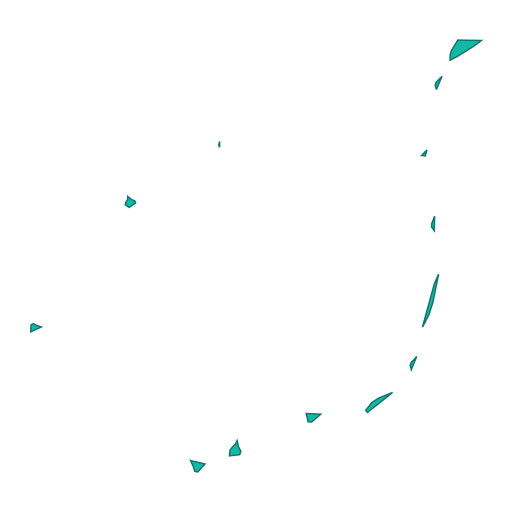 map outline of Laamu (Mercator projection)
{"feature_id": "MDV-5239", "entity_name": "Laamu", "entity_type": "Atoll", "adm_level": 1, "iso_a3": "MDV", "parent_name": "Maldives", "parent_adm1": "", "projection": "mercator", "projection_center": [73.461, 1.946], "detail": "fine", "context": "isolated", "style": "filled", "palette": "teal", "viewbox_px": 512, "rotation_deg": 0, "n_neighbors": 0, "source": "natural_earth", "source_scale": "10m", "svg_char_len": 1368}
<svg xmlns="http://www.w3.org/2000/svg" viewBox="0 0 512 512"><path d="M457.8,40.1L481.2,40.5L481.3,40.5L478.7,42.5L474.6,45.6L457.9,56.1L450.1,60.2L450.1,54.8L451.7,50.1L457.8,40.1ZM438.6,274.2L433.0,302.0L428.8,314.9L422.9,326.4L422.5,327.0L434.3,284.0L438.6,274.2ZM392.5,392.5L382.9,400.2L367.6,412.2L367.6,412.3L367.0,411.8L366.7,411.4L366.1,410.9L365.7,410.3L368.7,406.6L371.6,402.8L378.3,398.3L392.2,392.6L392.5,392.5ZM237.1,440.5L237.2,440.8L238.4,446.6L240.9,451.5L239.6,454.7L237.5,454.9L229.4,455.8L229.9,450.7L230.5,449.7L232.4,447.0L235.4,444.2L237.1,440.5ZM190.7,460.6L190.9,460.7L204.9,464.0L197.9,471.9L195.0,471.4L194.9,471.4L193.2,466.4L190.7,460.6ZM306.2,413.5L320.7,414.2L311.6,422.0L308.1,421.8L307.2,417.6L306.2,413.5ZM127.7,196.4L131.1,199.3L134.8,200.9L135.6,202.9L129.2,207.4L125.3,204.8L125.8,202.5L127.6,199.8L127.7,196.4ZM41.3,327.0L30.7,331.8L31.1,324.8L33.3,323.8L35.7,324.9L36.8,325.5L41.3,327.0ZM442.0,76.3L436.4,89.4L436.4,89.6L435.2,85.0L436.2,82.1L438.8,79.7L442.0,76.3ZM434.6,216.2L434.3,230.4L434.3,230.6L431.5,226.9L431.7,223.9L434.6,216.2ZM416.7,356.4L416.5,356.9L412.1,367.6L411.3,369.6L410.2,365.2L411.3,362.3L412.2,361.4L413.9,359.8L416.7,356.4ZM426.9,150.0L425.3,155.9L421.8,155.4L421.7,155.4L424.3,152.7L426.9,150.0ZM219.6,141.5L219.6,147.3L218.7,145.1L219.6,141.5Z" fill="#14b8a6" stroke="#0f766e" stroke-width="1.5"/></svg>